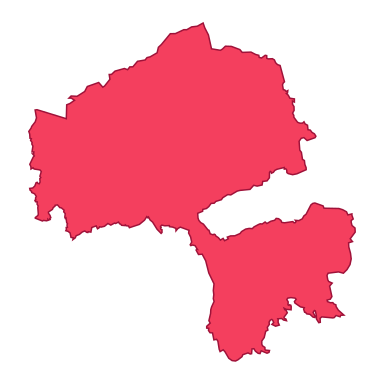 the district of Pano Lefkara, Larnaca, Cyprus
{"feature_id": "46923920B84753729201746", "entity_name": "Pano Lefkara", "entity_type": "district", "adm_level": 2, "iso_a3": "CYP", "parent_name": "Cyprus", "parent_adm1": "Larnaca", "projection": "natural_earth1", "projection_center": [33.315, 34.87], "detail": "fine", "context": "isolated", "style": "filled", "palette": "rose", "viewbox_px": 384, "rotation_deg": 0, "n_neighbors": 0, "source": "geoboundaries", "source_scale": "gbopen_adm2", "svg_char_len": 5948}
<svg xmlns="http://www.w3.org/2000/svg" viewBox="0 0 384 384"><path d="M66.7,104.8L66.3,118.7L37.0,109.7L35.1,110.0L36.5,117.9L35.2,121.9L31.7,126.4L31.1,128.1L28.8,131.4L29.7,134.1L30.0,138.3L31.3,138.7L30.6,140.4L32.1,142.5L31.8,144.0L32.9,146.1L32.0,151.9L33.8,151.9L33.7,153.9L32.6,153.9L34.3,155.9L33.2,157.1L29.8,164.3L30.9,166.7L31.0,169.0L33.0,167.8L34.1,169.0L39.9,169.9L41.3,171.5L39.9,176.2L40.8,177.6L39.8,178.7L40.1,182.0L39.2,183.8L37.9,183.4L37.2,182.3L36.1,182.7L34.8,186.0L32.7,188.0L29.7,188.4L30.1,190.2L31.6,191.4L31.7,192.5L34.6,193.8L36.3,196.4L35.5,198.0L35.8,199.9L34.9,200.3L35.5,201.7L37.2,201.9L37.1,204.3L38.1,205.8L37.8,207.6L38.3,214.1L37.9,215.5L35.3,217.5L35.3,218.2L42.4,221.0L43.6,220.4L46.5,220.8L47.9,220.4L47.9,219.3L48.7,220.1L50.2,219.5L49.8,218.5L50.8,217.7L50.0,215.4L48.5,213.2L48.4,212.1L52.4,209.4L53.3,207.5L55.0,206.2L55.1,205.3L57.5,204.9L59.8,207.6L61.4,207.9L64.1,210.2L63.7,211.8L65.2,213.6L64.8,217.2L65.3,218.4L66.0,217.9L66.7,222.7L67.5,223.7L67.0,225.0L67.4,227.3L66.2,227.5L66.4,229.4L65.8,230.7L68.1,231.4L70.1,233.0L71.0,237.4L73.3,237.8L72.9,239.6L75.2,237.9L76.2,235.7L79.4,234.4L82.4,231.9L84.8,231.0L86.8,232.4L87.9,232.5L88.2,231.7L90.9,232.1L91.8,227.5L96.2,225.9L97.5,228.8L98.9,228.0L99.6,226.8L101.1,227.1L104.5,226.3L107.9,223.5L110.8,225.1L114.5,223.1L115.6,223.5L118.5,222.1L119.6,223.8L120.6,224.1L121.6,225.3L125.1,225.6L125.3,224.9L126.5,225.8L128.5,226.0L129.4,227.7L139.4,224.4L144.5,220.2L146.8,216.6L147.9,217.8L148.5,217.0L150.1,220.0L152.6,222.1L157.1,229.3L161.1,233.4L162.0,232.5L162.0,229.7L160.7,229.0L160.5,227.9L161.1,227.5L160.5,226.4L161.8,225.1L164.7,225.8L169.4,225.6L169.5,226.7L172.7,227.1L175.9,228.4L176.0,230.8L177.9,228.5L180.3,227.1L189.0,230.3L188.6,233.0L190.6,237.0L191.7,242.1L190.2,244.8L190.8,245.6L192.7,245.0L195.1,245.7L197.4,249.3L196.6,249.1L196.1,250.1L198.5,254.5L202.2,254.2L205.7,260.8L208.8,273.0L214.0,283.8L213.3,290.6L213.8,294.6L213.3,298.7L214.1,301.4L211.6,306.9L210.8,309.6L210.6,313.4L208.9,320.7L210.2,323.1L206.7,326.3L206.7,328.1L208.7,328.3L208.5,330.5L210.0,332.7L212.5,332.9L213.9,339.9L216.6,339.3L217.9,341.2L219.2,349.3L220.1,351.6L223.2,349.8L225.0,351.8L228.8,358.3L232.1,360.6L235.6,361.0L238.1,359.7L242.0,356.7L242.8,354.7L248.0,352.9L250.2,354.0L251.6,353.7L252.0,348.9L253.9,348.7L255.4,351.2L258.1,353.3L260.0,353.6L261.2,350.8L267.0,353.2L269.0,352.4L269.5,350.5L265.6,350.1L265.0,349.6L264.9,347.4L262.5,345.8L261.8,344.2L261.8,341.0L264.2,337.6L265.7,331.3L267.9,330.1L267.3,327.3L269.3,324.5L269.1,322.1L270.3,320.1L271.8,319.4L272.6,320.1L273.7,322.5L271.9,324.4L275.6,326.2L279.3,325.1L278.1,322.3L278.2,319.7L277.8,318.8L281.6,318.5L283.5,320.0L286.5,320.7L285.9,319.0L284.3,318.4L284.0,317.2L287.3,312.8L286.1,310.4L284.7,309.6L284.2,308.3L286.1,309.3L291.1,309.8L291.2,306.7L290.8,305.2L289.5,304.8L289.0,305.4L288.0,304.8L288.2,301.9L286.8,299.5L287.8,298.1L290.9,297.6L295.0,298.1L296.2,299.3L294.4,301.5L294.9,303.0L300.5,306.9L304.3,307.7L303.6,309.1L304.6,312.2L305.4,312.3L306.8,313.9L309.9,314.3L313.0,317.1L314.8,317.5L315.0,316.1L313.1,312.3L314.4,310.5L315.3,310.9L316.3,315.2L316.5,319.1L318.8,322.7L320.3,322.3L320.1,318.3L321.8,316.9L332.8,317.9L334.2,317.6L336.1,315.5L340.1,316.8L340.7,315.3L343.9,315.1L338.3,310.1L336.1,306.6L335.9,304.8L334.1,304.1L332.8,302.6L330.4,302.7L327.5,301.6L327.1,300.1L330.3,299.2L331.9,296.6L329.6,286.1L332.2,283.1L328.7,281.5L327.8,279.9L327.0,275.5L328.1,273.2L338.5,271.9L343.4,273.2L347.0,269.6L350.0,264.6L351.2,258.9L350.5,253.2L348.8,247.0L348.6,242.8L352.5,241.6L350.2,238.8L355.2,232.1L355.0,228.0L352.0,225.5L351.2,222.3L351.2,220.5L353.2,219.0L351.9,215.2L351.9,213.9L347.9,214.9L346.5,211.8L342.7,209.7L338.9,208.5L324.0,208.2L323.1,205.9L314.9,203.0L312.8,203.4L310.9,204.9L306.1,214.2L303.9,215.9L302.3,218.8L298.9,220.6L295.3,220.3L296.1,221.4L295.4,222.6L294.1,222.8L292.8,221.6L284.5,222.8L281.7,222.4L281.0,220.5L278.6,218.7L276.2,218.4L274.6,220.3L270.9,221.2L266.9,223.5L265.1,222.0L262.2,224.0L260.2,223.8L258.3,224.6L254.0,226.9L252.3,228.6L249.1,228.4L245.6,229.1L241.5,231.6L240.1,233.5L234.8,235.8L230.6,235.9L227.3,237.1L228.3,238.8L224.6,240.7L223.1,238.4L220.4,240.1L218.4,237.7L215.9,236.0L215.1,234.6L214.1,234.2L213.0,234.8L210.2,233.8L209.0,230.3L207.9,229.8L203.4,224.1L200.7,222.6L198.8,220.3L198.0,218.0L197.7,213.3L202.6,211.3L202.8,209.4L206.5,208.5L208.8,206.6L211.1,203.4L214.2,203.2L215.9,201.4L221.4,199.7L222.8,197.7L227.7,194.6L230.8,194.9L237.2,191.1L240.0,190.4L250.0,189.4L253.7,185.3L257.1,186.1L262.1,185.0L262.7,181.4L267.0,180.9L269.4,177.8L269.5,172.4L270.2,171.4L271.0,171.8L271.5,173.2L273.4,172.3L274.8,170.4L276.9,169.3L284.2,167.5L284.3,169.1L285.7,168.7L286.7,170.0L286.9,172.6L288.2,173.6L292.6,174.7L296.9,173.8L306.2,169.7L306.1,167.6L304.9,164.5L304.4,160.5L302.5,159.4L301.4,152.3L299.8,150.2L299.1,141.3L301.2,138.3L303.9,137.6L307.1,140.5L315.0,137.7L315.9,136.2L314.4,133.8L312.0,132.4L310.3,130.1L308.0,129.7L307.5,125.2L305.1,123.9L304.0,121.8L302.6,123.1L300.0,123.2L297.6,122.3L293.9,117.3L293.8,115.4L292.6,113.1L294.1,110.4L294.0,106.6L292.5,104.2L292.5,101.1L294.4,102.0L294.4,98.9L289.9,98.2L288.2,95.1L286.4,93.5L287.5,92.9L287.8,90.6L286.1,91.4L284.8,90.0L283.3,89.6L282.5,84.8L283.3,82.9L284.5,81.8L280.1,65.5L277.5,64.6L275.6,62.7L274.4,59.9L272.4,58.7L268.3,58.9L266.8,58.4L266.7,55.6L265.2,55.3L261.5,58.0L259.2,57.4L258.8,55.3L255.7,54.5L251.0,52.1L242.2,52.4L239.9,49.6L231.4,46.4L225.4,46.2L222.4,49.1L220.4,50.3L211.5,48.8L208.4,34.9L204.8,27.9L203.1,23.0L197.3,26.2L191.6,26.9L186.8,29.7L183.8,29.7L175.4,33.6L170.3,33.7L161.4,44.5L158.4,47.3L157.1,52.8L150.2,56.8L147.0,57.6L145.1,60.0L137.5,61.3L132.9,66.8L129.8,66.9L127.6,69.7L124.4,68.5L115.0,71.1L111.5,74.4L109.2,74.5L109.9,79.3L104.6,86.0L102.8,87.2L98.7,82.5L87.3,86.5L84.7,91.5L77.1,96.3L71.1,96.0L69.0,98.1L71.3,98.1L74.5,100.3L69.9,103.5L66.7,104.8Z" fill="#f43f5e" stroke="#9f1239" stroke-width="1.5"/></svg>